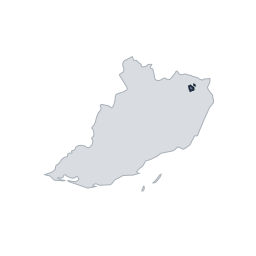 San Manuel Colohete, Lempira, Honduras shown in context, rotated 156°
{"feature_id": "27666195B44208219646971", "entity_name": "San Manuel Colohete", "entity_type": "district", "adm_level": 2, "iso_a3": "HND", "parent_name": "Honduras", "parent_adm1": "Lempira", "projection": "natural_earth1", "projection_center": [-88.691, 14.444], "detail": "fine", "context": "in_parent", "style": "filled", "palette": "slate", "viewbox_px": 256, "rotation_deg": 156, "n_neighbors": 0, "source": "geoboundaries", "source_scale": "gbopen_adm2", "svg_char_len": 3552}
<svg xmlns="http://www.w3.org/2000/svg" viewBox="0 0 256 256"><g transform="rotate(156 128 128)"><path d="M223.0,119.2L215.2,118.6L211.4,119.7L209.8,122.2L208.4,123.4L207.3,123.1L204.9,124.1L201.3,126.3L198.1,127.1L195.3,126.6L194.4,127.1L194.2,127.9L193.8,128.6L192.7,129.0L191.4,128.8L190.0,128.0L189.2,128.3L189.1,129.8L188.4,130.1L186.9,129.5L185.2,130.0L183.4,131.7L180.8,132.1L177.5,131.1L174.9,129.2L173.1,126.4L170.9,125.8L167.1,127.8L165.5,130.2L165.2,131.7L165.5,133.0L164.9,133.9L163.1,134.3L161.7,136.0L160.8,138.8L160.6,141.0L161.2,142.5L160.3,143.6L158.0,144.4L155.3,146.8L152.1,150.9L149.0,153.8L145.8,155.5L144.3,157.3L144.5,159.3L144.3,159.9L143.7,160.1L142.6,160.4L136.6,156.1L134.8,153.0L133.3,153.5L131.4,155.0L128.8,158.4L125.9,163.1L124.5,163.6L117.4,162.9L113.6,163.3L112.8,163.9L112.5,165.6L112.7,167.9L113.8,176.1L114.3,179.5L113.8,180.5L111.8,180.7L109.3,181.2L108.0,182.7L107.7,184.3L107.5,186.5L106.7,188.8L105.2,190.4L103.7,191.0L95.1,191.5L95.3,187.7L92.8,186.2L91.4,183.0L90.2,180.9L90.6,179.6L90.4,178.1L87.0,176.9L83.7,177.8L81.8,177.2L80.5,176.4L82.8,174.5L83.0,173.4L82.2,172.6L81.4,172.0L81.7,169.9L82.2,167.4L83.5,161.6L83.0,160.5L80.8,158.8L78.1,158.6L75.0,159.1L73.6,158.3L72.3,156.2L70.1,155.3L66.3,156.9L62.2,159.3L61.0,160.2L59.9,160.1L59.5,158.3L59.3,156.1L59.0,155.6L56.9,154.8L54.3,154.3L53.0,153.7L51.8,152.2L48.8,150.3L48.1,149.0L44.1,145.8L43.2,144.2L42.3,143.0L40.4,141.5L38.9,141.9L33.7,140.1L33.0,139.9L33.7,138.3L35.3,135.8L38.8,133.0L39.1,130.8L38.2,126.5L37.3,123.7L37.8,122.5L38.9,117.5L39.7,116.3L44.8,113.8L45.3,113.4L49.3,109.9L53.7,106.0L58.4,101.6L63.5,96.8L66.4,94.0L67.7,92.7L70.7,93.7L73.0,91.4L74.4,90.7L77.5,87.9L78.5,87.3L83.8,86.2L86.4,86.2L88.6,89.0L90.4,90.5L93.7,89.2L96.5,88.9L108.1,91.5L112.7,90.4L121.2,90.1L125.0,90.8L130.3,87.1L133.8,86.4L137.8,84.7L137.3,82.9L136.3,82.1L142.5,82.9L151.7,86.6L161.4,85.9L165.0,83.9L167.2,83.4L177.3,87.2L179.9,90.1L182.0,90.4L183.6,89.7L184.0,89.1L182.1,88.5L181.2,87.6L189.1,89.4L204.0,103.2L204.3,104.4L198.0,100.3L194.6,100.6L193.7,101.2L193.9,103.5L194.2,104.5L195.7,104.6L196.7,104.0L199.4,104.8L201.1,106.3L203.2,108.5L204.5,111.0L205.9,111.0L207.2,109.6L209.7,109.4L211.4,111.0L212.6,110.9L210.9,108.4L207.1,105.8L208.0,105.7L216.5,110.3L218.9,116.1L220.9,117.4L223.0,119.2ZM123.0,69.4L118.1,72.2L116.5,72.2L118.8,70.0L122.4,68.1L125.5,67.2L128.0,67.6L123.0,69.4ZM139.7,66.4L137.4,68.5L137.0,67.6L138.1,65.6L139.5,64.5L140.9,64.6L140.5,65.5L139.7,66.4Z" fill="#d9dde1" stroke="#a8b0b8" stroke-width="1"/><path d="M52.7,136.2L52.8,136.3L52.8,136.5L52.7,136.5L52.6,136.8L52.5,137.0L52.5,137.3L52.4,137.4L52.4,137.5L52.3,137.8L52.2,137.8L52.3,137.9L52.2,138.0L52.3,138.0L52.3,138.3L52.2,138.4L52.1,138.5L52.1,138.8L52.1,139.0L52.3,139.1L52.4,139.3L52.5,139.3L52.5,139.5L52.8,139.7L52.8,139.8L53.0,139.9L53.0,140.0L53.0,140.3L53.1,140.5L53.3,140.7L53.3,140.8L53.3,141.0L53.4,141.3L53.5,141.4L53.5,141.5L54.3,141.3L54.7,141.5L54.7,141.4L54.8,141.4L54.9,141.5L55.0,141.4L55.3,141.3L55.5,141.2L55.5,140.9L55.7,140.7L55.6,140.4L55.6,140.2L56.2,138.5L55.7,137.8L55.5,137.7L55.4,137.7L55.2,137.2L55.3,137.2L55.5,137.2L55.5,137.3L55.8,137.4L56.0,137.3L56.0,137.2L56.1,136.9L56.1,136.7L56.2,136.4L56.2,136.2L55.9,136.2L55.7,136.2L55.5,136.3L55.4,136.3L55.2,136.5L54.9,136.5L54.7,136.5L54.7,136.4L54.7,136.5L54.6,136.4L54.4,136.4L54.2,136.4L53.9,136.3L53.8,136.2L53.7,136.2L53.4,136.1L53.2,136.2L52.9,136.2L52.7,136.2ZM49.6,139.5L49.6,139.8L49.4,140.4L50.0,141.0L50.3,140.0L49.6,139.5Z" fill="#64748b" stroke="#1e293b" stroke-width="1.5"/></g></svg>